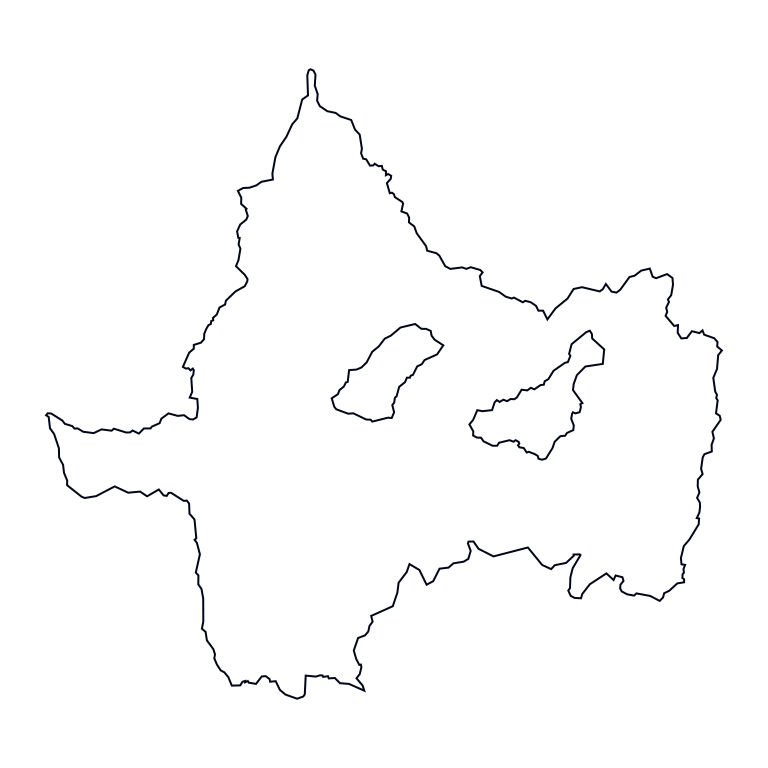 Cañar, Cañar, Ecuador (Natural Earth projection)
{"feature_id": "8360857B37850433241159", "entity_name": "Cañar", "entity_type": "district", "adm_level": 2, "iso_a3": "ECU", "parent_name": "Ecuador", "parent_adm1": "Cañar", "projection": "natural_earth1", "projection_center": [-79.04, -2.473], "detail": "fine", "context": "isolated", "style": "outline", "palette": "ink", "viewbox_px": 768, "rotation_deg": 0, "n_neighbors": 0, "source": "geoboundaries", "source_scale": "gbopen_adm2", "svg_char_len": 6098}
<svg xmlns="http://www.w3.org/2000/svg" viewBox="0 0 768 768"><path d="M649.8,268.6L641.2,270.6L634.6,275.7L629.5,277.0L620.2,289.8L616.5,292.6L611.5,291.6L605.9,284.0L602.7,289.3L599.7,291.4L582.0,287.2L573.6,289.0L567.5,298.6L555.5,308.4L547.4,319.4L543.1,310.7L538.4,310.7L536.0,305.8L530.8,302.3L525.3,300.8L522.8,302.3L514.0,297.6L511.7,298.5L505.8,296.7L499.0,291.9L481.7,285.9L479.8,276.1L482.6,272.4L480.3,270.0L470.7,267.2L466.4,268.9L462.2,267.4L450.3,268.9L445.2,266.2L439.3,255.6L436.4,253.2L427.2,250.7L426.1,246.2L416.7,233.2L414.3,226.5L409.0,222.4L409.1,217.5L407.1,213.5L401.4,211.4L403.1,203.6L402.3,202.0L394.8,197.1L394.0,194.2L391.9,192.7L389.8,193.2L386.9,183.1L390.7,178.9L391.2,175.8L388.0,174.0L385.9,175.2L386.0,171.3L382.8,169.6L381.8,165.9L378.5,166.2L374.7,163.7L373.3,165.4L370.0,165.6L366.2,159.3L363.2,158.7L361.1,153.4L361.9,148.7L359.7,134.6L355.0,129.6L351.2,120.0L340.4,116.4L335.6,112.9L327.3,111.2L319.8,106.1L317.1,100.7L317.7,94.2L314.8,85.7L315.5,74.6L313.5,70.7L310.7,69.3L308.8,70.2L307.3,75.3L308.0,95.4L302.2,99.5L297.3,118.4L292.2,124.3L286.4,136.8L280.0,146.2L275.4,157.2L272.4,173.6L272.9,179.5L261.4,181.8L256.5,185.3L249.5,187.7L243.1,188.0L237.9,190.9L241.3,197.7L241.1,203.9L246.5,208.8L245.7,209.4L247.8,216.0L246.3,219.6L240.2,224.5L237.1,231.4L238.3,237.8L239.7,238.0L238.6,244.4L240.4,248.7L238.5,260.0L236.0,266.2L244.7,274.7L247.5,279.0L247.3,281.3L244.8,286.2L235.4,291.5L225.9,300.7L225.1,304.5L219.5,307.5L216.8,314.5L213.0,317.9L213.2,320.3L211.2,321.1L210.8,324.1L208.5,325.1L206.5,328.5L204.3,333.6L204.0,339.3L200.9,342.7L193.8,344.9L193.8,348.7L189.2,352.6L182.9,366.9L185.9,368.6L188.4,368.2L190.5,370.4L192.8,368.6L193.8,370.2L193.3,374.7L191.3,377.9L192.2,391.9L189.7,397.6L197.3,399.0L197.9,407.8L196.6,417.5L192.9,419.5L189.5,419.1L184.0,415.2L177.8,415.9L168.5,413.4L161.4,418.6L159.6,423.2L151.9,426.6L150.6,428.4L143.8,428.5L138.9,433.6L132.5,430.5L130.2,432.4L126.1,432.5L113.9,428.7L111.6,430.7L101.5,429.4L93.7,433.1L83.3,431.8L77.6,428.4L74.5,428.6L72.3,426.1L64.8,423.8L62.3,420.5L51.2,413.5L47.7,413.3L46.1,415.2L48.7,417.0L50.0,428.3L54.1,434.0L58.9,448.3L59.1,457.4L63.1,464.9L64.0,472.8L67.2,480.6L67.1,485.2L81.6,496.7L84.7,498.0L96.2,496.1L114.7,486.4L128.2,492.7L140.1,491.6L147.1,496.3L158.8,489.5L163.6,495.4L166.7,495.9L168.6,493.0L171.1,492.8L183.8,500.9L186.8,500.6L189.1,503.6L189.5,513.7L194.5,519.5L196.3,538.3L194.6,539.8L196.9,542.9L199.9,554.3L195.8,572.6L198.4,575.4L198.3,584.4L201.5,589.0L203.2,598.5L203.3,621.6L201.9,628.7L205.6,631.9L206.9,640.4L213.3,649.1L215.0,654.3L214.3,658.3L216.9,664.5L220.7,670.4L224.3,672.3L228.3,677.1L231.8,685.6L240.2,685.4L242.5,681.8L245.2,680.9L245.2,682.3L247.8,681.0L248.8,682.7L256.0,683.9L261.7,676.5L265.6,676.1L269.6,679.1L270.1,681.7L275.7,681.2L279.9,689.9L285.5,694.6L297.1,698.7L303.3,696.5L304.8,694.3L305.7,675.6L315.8,676.6L320.1,675.3L322.6,675.5L323.2,676.9L328.0,676.2L328.8,678.4L334.8,678.0L340.0,683.2L349.0,683.9L364.3,690.7L362.6,685.5L356.5,678.3L359.8,674.0L361.4,667.1L360.9,664.6L359.3,664.9L356.1,658.7L353.8,650.5L358.1,638.0L365.0,635.4L368.3,631.5L369.5,625.9L372.6,621.7L371.2,615.9L392.8,606.2L397.4,592.5L398.6,582.7L406.7,572.1L409.5,564.1L419.4,570.0L426.6,584.7L433.2,581.2L439.5,568.7L448.5,567.6L453.5,563.3L463.6,561.7L468.3,558.9L470.7,550.9L467.9,543.4L468.5,541.6L473.5,541.5L478.5,548.8L493.5,556.4L527.9,547.5L542.2,565.0L551.2,569.1L554.8,565.2L566.1,562.9L573.7,555.8L573.6,554.5L579.7,554.4L580.5,555.1L572.7,568.2L570.4,577.2L570.0,588.1L568.3,590.6L570.7,595.9L574.6,597.9L581.0,598.3L582.3,593.9L589.9,584.2L606.4,573.4L613.6,580.0L615.6,575.5L622.4,577.2L623.5,580.9L620.5,584.6L620.1,588.3L621.7,591.4L627.1,594.3L634.1,595.6L636.4,593.4L650.1,595.9L659.7,600.9L663.1,597.4L664.1,593.3L669.3,590.7L677.3,583.4L684.1,582.3L684.1,579.2L682.4,578.1L682.6,574.2L683.9,572.7L683.5,569.0L685.1,564.9L681.5,564.3L680.9,558.1L683.8,546.1L689.5,539.4L698.7,524.3L699.1,518.5L696.8,518.1L699.4,512.5L700.1,506.7L699.8,502.5L697.1,497.9L699.4,492.5L697.7,486.3L697.9,479.6L702.6,474.1L701.1,468.9L702.7,457.5L704.4,454.2L711.8,451.5L711.6,444.8L713.9,438.4L712.4,431.8L720.7,419.8L719.7,415.7L716.0,413.4L717.7,400.3L716.2,398.1L717.0,394.9L715.2,391.5L713.3,377.9L717.0,369.0L718.2,355.1L721.9,350.5L717.2,346.5L717.5,342.0L714.2,338.2L704.2,334.7L702.5,330.4L699.4,333.1L691.9,331.2L686.8,338.0L681.3,338.4L677.7,332.9L678.0,325.1L674.2,326.0L665.6,315.8L667.2,311.9L666.2,307.7L669.0,301.9L667.9,299.4L671.2,295.2L673.0,284.8L672.5,278.0L667.1,274.1L656.1,278.2L652.7,276.8L649.8,268.6ZM567.9,362.1L570.4,355.8L569.1,353.9L571.6,344.2L586.3,332.1L589.8,330.7L591.9,334.0L592.2,338.5L604.2,349.4L602.8,363.9L585.4,366.5L576.9,375.1L573.7,384.0L573.0,390.1L582.4,403.1L580.4,404.1L580.9,407.4L579.6,412.2L575.4,413.4L572.9,412.3L572.1,413.8L571.2,418.8L573.8,425.4L573.3,430.1L566.9,433.0L565.2,435.7L560.4,436.2L554.7,441.7L552.5,448.1L545.9,458.6L541.9,459.7L538.5,458.7L537.8,456.0L535.0,454.2L528.8,451.8L526.7,452.5L523.7,448.0L519.4,447.3L518.0,445.3L519.3,443.6L518.7,441.9L515.6,440.2L513.6,441.7L509.6,440.2L499.1,442.7L497.2,445.7L492.7,445.8L483.6,441.4L481.0,437.7L476.9,437.6L473.1,435.5L473.3,431.4L469.4,424.4L473.2,419.8L477.3,410.2L482.5,411.2L492.1,410.1L494.6,402.4L496.8,400.1L499.7,401.9L503.4,399.7L507.1,401.2L510.6,399.0L514.3,399.2L516.8,397.6L521.6,389.7L527.3,390.4L530.8,387.8L534.4,389.3L540.5,385.1L543.8,384.7L544.7,381.3L548.4,379.1L553.6,370.7L565.0,362.8L567.9,362.1ZM400.5,327.5L415.2,324.0L421.3,328.8L426.1,328.9L430.7,330.9L431.6,335.7L434.6,339.7L443.3,345.3L437.1,354.4L424.6,360.0L421.8,364.2L417.2,366.4L413.0,374.8L410.7,375.7L409.9,377.7L406.9,377.7L405.0,382.2L399.2,386.8L396.6,396.3L394.9,397.8L394.2,402.6L392.3,405.1L394.1,412.3L391.7,418.0L387.9,417.7L372.3,421.6L370.6,419.7L366.2,419.5L353.3,413.3L348.2,413.7L336.3,409.3L334.3,406.8L331.7,398.3L337.9,394.2L339.5,390.1L343.9,386.5L345.9,382.4L347.7,381.9L349.1,370.1L356.4,369.6L361.4,367.5L366.6,362.5L372.2,351.8L378.8,346.4L384.7,338.7L390.9,335.6L400.5,327.5Z" fill="none" stroke="#020617" stroke-width="2"/></svg>